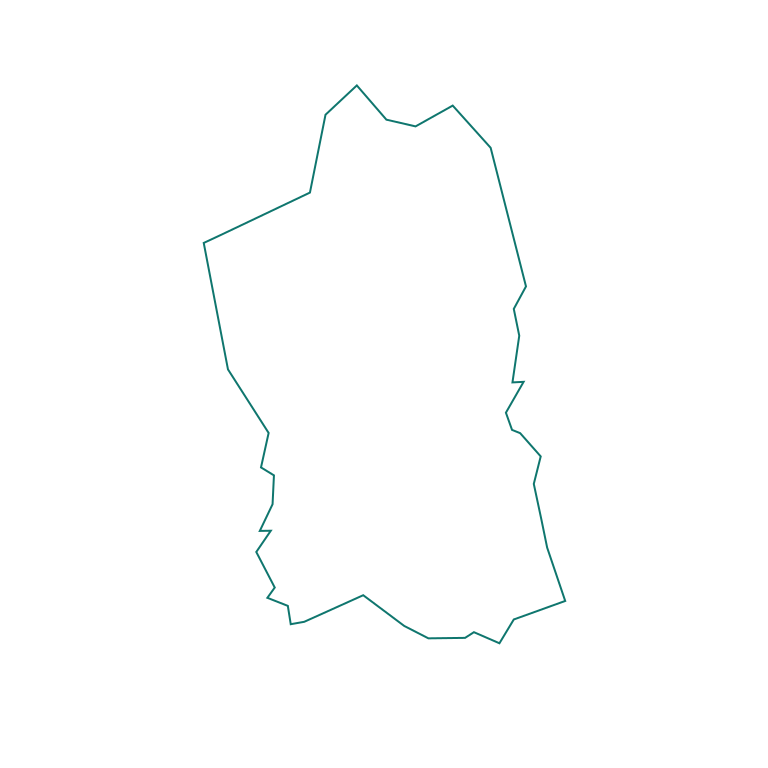 outline of Upshur, West Virginia, United States of America, rotated 156°
{"feature_id": "52423323B60686531636314", "entity_name": "Upshur", "entity_type": "district", "adm_level": 2, "iso_a3": "USA", "parent_name": "United States of America", "parent_adm1": "West Virginia", "projection": "natural_earth1", "projection_center": [-80.225, 38.899], "detail": "fine", "context": "isolated", "style": "outline", "palette": "teal", "viewbox_px": 768, "rotation_deg": 156, "n_neighbors": 0, "source": "geoboundaries", "source_scale": "gbopen_adm2", "svg_char_len": 694}
<svg xmlns="http://www.w3.org/2000/svg" viewBox="0 0 768 768"><g transform="rotate(156 384 384)"><path d="M327.9,653.8L373.8,589.0L473.6,586.5L491.3,586.2L520.6,460.8L509.3,386.2L530.3,357.8L521.7,345.3L534.7,319.5L557.2,300.3L547.1,296.0L569.0,282.5L566.6,242.5L577.5,236.1L562.1,220.4L566.9,202.5L553.6,199.2L488.9,199.5L463.9,154.7L446.9,133.6L413.2,119.1L402.8,120.7L384.0,100.2L361.2,116.1L306.7,112.1L301.5,168.2L295.3,196.4L287.8,231.8L270.3,254.1L279.6,283.7L285.7,290.0L284.3,308.2L255.6,329.2L266.0,333.2L240.8,373.1L234.9,399.8L214.6,415.4L200.8,496.2L190.5,556.4L208.0,610.4L250.4,606.5L274.3,624.5L287.4,667.8L327.9,653.8Z" fill="none" stroke="#0f766e" stroke-width="2"/></g></svg>